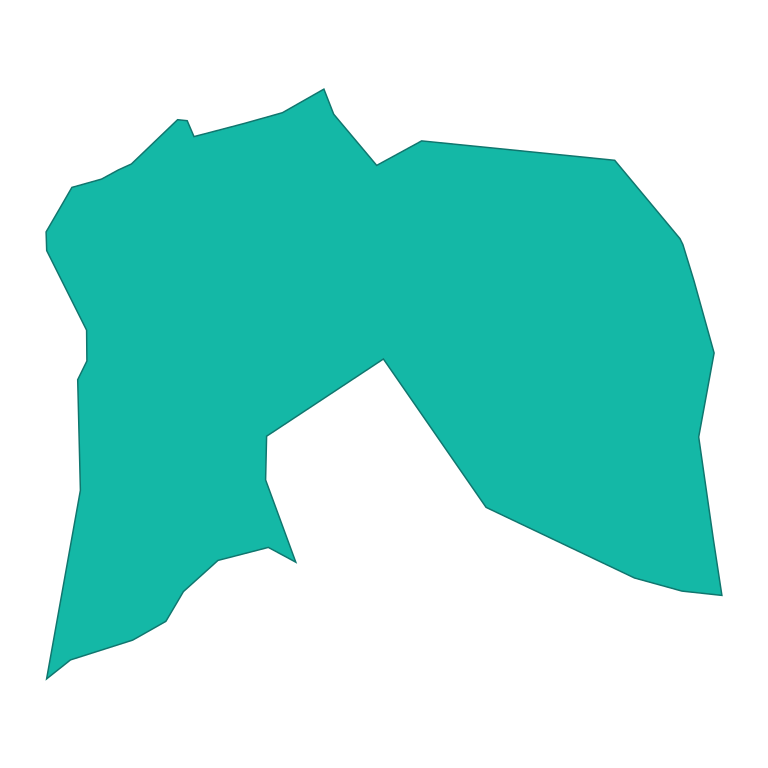 Udung Uko, Akwa Ibom, Nigeria
{"feature_id": "59680162B95559320678868", "entity_name": "Udung Uko", "entity_type": "district", "adm_level": 2, "iso_a3": "NGA", "parent_name": "Nigeria", "parent_adm1": "Akwa Ibom", "projection": "equal_earth", "projection_center": [8.245, 4.743], "detail": "fine", "context": "isolated", "style": "filled", "palette": "teal", "viewbox_px": 768, "rotation_deg": 0, "n_neighbors": 0, "source": "geoboundaries", "source_scale": "gbopen_adm2", "svg_char_len": 696}
<svg xmlns="http://www.w3.org/2000/svg" viewBox="0 0 768 768"><path d="M177.6,119.7L131.4,164.0L118.4,169.9L101.5,179.1L71.9,187.4L62.5,203.7L46.1,231.9L46.7,250.6L86.6,330.2L86.9,361.0L77.8,379.5L77.7,379.6L80.4,490.3L46.6,678.9L70.5,659.9L132.7,640.1L145.3,633.0L165.9,621.3L177.3,602.0L183.4,591.6L218.0,560.4L268.3,547.4L295.8,562.2L265.6,479.9L266.6,436.2L383.4,359.0L486.1,507.4L634.5,578.0L682.0,591.1L721.9,595.4L713.4,539.6L698.7,437.0L714.1,353.0L694.0,280.9L682.9,244.6L680.0,238.7L614.7,160.3L421.6,140.9L376.7,165.4L351.5,135.4L333.7,114.2L323.9,89.1L282.4,112.7L244.4,123.4L194.0,136.6L188.3,123.3L187.2,120.7L177.6,119.7Z" fill="#14b8a6" stroke="#0f766e" stroke-width="1.5"/></svg>